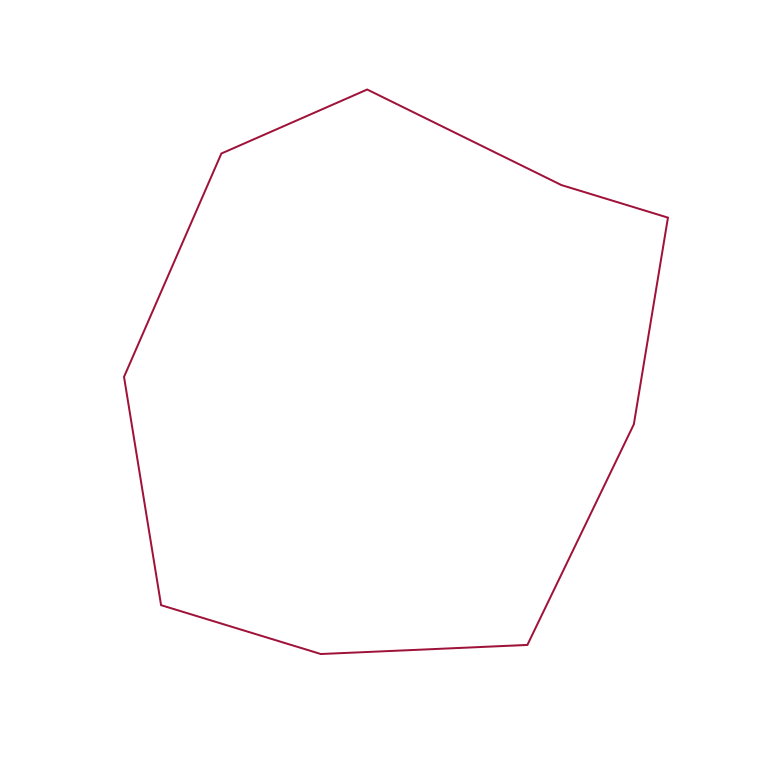 SVG path tracing the border of Valmiera, rotated 197°
{"feature_id": "LVA-1093", "entity_name": "Valmiera", "entity_type": "Republican City", "adm_level": 1, "iso_a3": "LVA", "parent_name": "Latvia", "parent_adm1": "", "projection": "orthographic", "projection_center": [25.417, 57.531], "detail": "fine", "context": "isolated", "style": "outline", "palette": "rose", "viewbox_px": 768, "rotation_deg": 197, "n_neighbors": 0, "source": "natural_earth", "source_scale": "10m", "svg_char_len": 286}
<svg xmlns="http://www.w3.org/2000/svg" viewBox="0 0 768 768"><g transform="rotate(197 384 384)"><path d="M634.7,314.8L606.9,556.9L486.2,660.7L272.5,626.1L161.1,626.1L133.3,418.5L170.6,176.4L365.5,107.3L532.5,107.3L634.7,314.8Z" fill="none" stroke="#9f1239" stroke-width="2"/></g></svg>